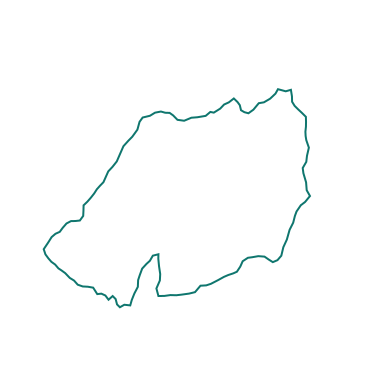 the district of Tarabai, São Paulo, Brazil, rotated 206°
{"feature_id": "56859067B13079044962681", "entity_name": "Tarabai", "entity_type": "district", "adm_level": 2, "iso_a3": "BRA", "parent_name": "Brazil", "parent_adm1": "São Paulo", "projection": "equal_earth", "projection_center": [-51.622, -22.363], "detail": "fine", "context": "isolated", "style": "outline", "palette": "teal", "viewbox_px": 384, "rotation_deg": 206, "n_neighbors": 0, "source": "geoboundaries", "source_scale": "gbopen_adm2", "svg_char_len": 1932}
<svg xmlns="http://www.w3.org/2000/svg" viewBox="0 0 384 384"><g transform="rotate(206 192 192)"><path d="M197.8,63.0L198.8,68.6L199.3,75.6L199.1,83.0L201.8,89.2L202.5,94.3L203.2,101.3L201.4,107.4L199.7,111.7L199.3,117.6L194.9,121.3L193.0,117.2L189.0,110.7L184.6,104.3L182.1,98.4L181.7,89.7L176.6,83.8L171.4,86.4L166.2,89.9L160.9,92.3L156.5,95.1L150.1,99.4L145.4,103.3L143.3,111.5L138.3,114.3L134.8,117.7L129.8,124.4L126.1,129.7L123.0,133.3L119.3,136.9L116.7,140.0L115.9,146.1L116.1,152.0L112.9,157.4L109.4,159.7L104.3,163.4L98.5,165.7L93.3,164.9L88.6,164.4L85.3,168.2L83.8,173.9L85.7,182.4L85.9,190.8L87.7,200.8L87.6,208.8L89.0,215.5L89.5,220.3L88.4,227.8L86.0,232.6L84.2,240.1L89.7,243.9L93.7,250.7L100.1,257.7L103.0,262.1L102.5,269.2L104.5,274.9L106.4,283.1L109.2,285.9L112.0,288.7L114.4,292.1L116.5,295.9L118.2,300.6L120.2,304.9L122.6,309.5L127.9,311.3L132.8,312.8L137.5,314.4L141.6,317.0L144.1,321.8L147.9,327.2L151.9,323.6L159.8,322.1L160.1,317.0L162.7,310.1L166.7,304.1L170.9,301.1L172.9,292.9L175.8,287.5L179.9,286.7L183.8,287.0L187.1,291.0L190.5,292.8L195.4,294.4L198.2,288.7L201.5,284.7L203.2,279.3L207.2,272.9L210.6,272.0L213.1,266.4L220.0,261.5L225.1,258.5L230.3,252.6L236.7,250.5L242.6,252.6L246.8,253.3L250.8,251.5L255.2,250.7L260.0,247.1L263.2,242.1L269.0,237.3L269.9,232.1L268.4,224.1L269.9,215.5L271.7,210.1L273.7,203.1L273.4,195.7L273.0,186.5L274.5,179.7L276.3,173.8L276.1,168.2L275.9,162.0L277.4,157.4L278.7,152.8L279.3,147.7L280.4,142.6L281.8,137.4L283.6,132.5L281.4,127.7L279.3,122.8L280.3,117.2L284.1,114.8L288.0,112.8L291.0,108.7L292.5,103.1L293.4,98.2L296.4,94.6L298.4,90.0L299.1,83.6L300.2,75.6L296.4,71.7L292.0,69.4L287.8,67.6L283.2,66.8L278.6,64.8L274.9,64.3L270.4,63.5L264.2,61.2L259.2,60.7L254.1,58.6L248.8,59.2L244.1,61.2L238.9,62.7L232.4,58.7L228.9,60.9L224.5,61.0L219.8,58.6L217.7,63.7L213.7,62.3L210.1,58.1L206.3,56.8L203.4,61.0L197.8,63.0Z" fill="none" stroke="#0f766e" stroke-width="2"/></g></svg>